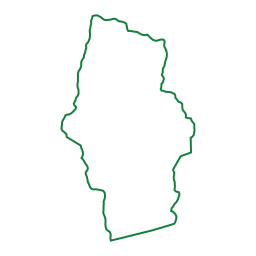 outline of Bonito, Bahia, Brazil
{"feature_id": "56859067B59206206235036", "entity_name": "Bonito", "entity_type": "district", "adm_level": 2, "iso_a3": "BRA", "parent_name": "Brazil", "parent_adm1": "Bahia", "projection": "robinson", "projection_center": [-41.324, -11.969], "detail": "fine", "context": "isolated", "style": "outline", "palette": "green", "viewbox_px": 256, "rotation_deg": 0, "n_neighbors": 0, "source": "geoboundaries", "source_scale": "gbopen_adm2", "svg_char_len": 2766}
<svg xmlns="http://www.w3.org/2000/svg" viewBox="0 0 256 256"><path d="M177.4,100.0L175.5,97.9L175.3,95.7L174.4,93.8L172.5,93.1L171.1,92.3L168.3,91.9L166.0,91.9L163.9,90.9L161.6,90.6L160.7,89.3L161.4,86.8L161.4,84.0L162.8,82.5L163.4,80.7L163.9,79.0L163.5,77.4L161.8,74.9L162.7,72.5L162.7,70.8L163.0,68.5L164.5,65.8L164.8,63.6L165.2,61.8L166.0,59.4L166.7,56.8L166.9,54.4L166.7,52.3L165.9,49.5L164.6,47.4L164.2,45.6L164.3,43.6L164.7,41.5L163.7,39.7L161.1,39.5L158.4,40.2L156.5,40.8L154.8,40.5L152.5,39.6L147.3,34.7L145.2,35.1L143.0,35.0L141.1,34.2L139.2,33.3L137.6,32.1L135.5,31.8L132.7,31.4L130.2,30.9L128.2,31.0L127.1,28.8L126.8,26.3L126.3,23.8L124.7,22.6L123.2,22.1L121.5,21.5L119.3,21.4L117.8,20.6L116.1,19.2L114.4,18.7L112.2,19.1L110.1,19.7L108.5,19.9L106.1,20.1L104.0,19.7L102.2,18.4L101.0,17.3L98.9,16.1L97.4,15.4L95.2,15.4L92.6,16.1L92.0,18.6L91.0,21.1L91.2,23.6L90.6,25.9L90.3,28.0L89.7,30.7L89.9,32.9L90.0,34.7L89.9,36.4L89.7,38.5L88.6,41.2L87.8,42.6L86.5,43.9L86.0,45.7L86.3,47.5L85.7,49.6L85.3,51.6L84.9,53.2L84.1,55.0L83.8,57.6L82.2,59.7L81.2,62.2L81.3,64.4L81.0,66.7L80.2,68.9L78.6,71.2L77.9,74.3L78.0,77.4L77.8,79.6L78.0,81.3L77.5,83.7L77.5,86.8L78.5,89.7L78.5,91.5L78.6,93.6L77.8,95.6L76.0,98.0L75.5,100.2L74.6,101.9L73.8,103.7L74.3,105.3L76.2,107.0L75.5,109.0L73.5,111.2L71.5,113.1L69.3,114.5L67.5,114.4L65.4,115.4L64.4,117.9L63.0,120.0L62.1,122.3L62.0,125.0L61.6,127.1L61.5,129.1L62.8,131.0L64.1,132.0L66.4,134.1L66.7,137.0L80.8,145.6L81.4,148.2L82.6,150.9L83.1,153.8L82.5,156.0L81.5,158.1L83.0,159.5L84.3,161.6L85.7,164.0L87.2,166.0L87.9,168.2L87.2,170.4L85.9,171.9L85.7,174.1L86.8,176.5L87.4,179.4L87.9,181.9L88.8,184.0L89.5,185.6L90.1,187.2L91.4,188.7L92.9,189.3L94.7,189.3L96.6,189.3L99.3,189.9L101.3,190.3L103.0,190.7L104.7,192.7L105.0,195.6L104.9,197.5L104.4,199.4L103.6,201.6L103.8,203.5L103.6,205.7L103.5,208.3L103.6,210.0L103.2,212.9L104.3,215.6L105.1,217.6L105.5,219.7L105.5,221.9L105.4,224.9L105.8,227.5L106.5,229.4L107.7,230.6L109.7,231.8L110.7,234.2L110.6,235.9L110.4,238.0L110.9,240.6L151.4,230.6L171.3,224.7L174.4,223.6L175.3,221.8L176.2,219.2L176.4,216.6L175.7,214.8L174.8,213.5L173.2,211.8L171.2,211.2L171.6,208.4L173.1,206.6L173.9,204.9L175.1,203.4L176.4,202.0L177.4,200.4L178.1,198.9L178.8,196.5L179.5,194.3L178.7,192.1L176.2,191.6L174.5,190.2L174.7,188.4L174.9,186.4L174.8,184.4L174.7,182.0L174.0,180.2L173.7,177.8L173.9,175.3L174.4,173.3L173.8,171.8L173.1,169.5L178.7,159.7L180.9,156.1L189.4,153.1L191.0,152.5L190.7,137.8L192.4,136.7L193.7,135.0L194.2,132.8L194.5,130.3L194.3,128.0L194.3,126.0L194.2,124.0L193.1,122.5L191.7,120.9L190.9,118.5L187.7,118.1L185.9,117.4L185.9,114.9L185.3,113.0L183.8,111.3L182.5,109.1L182.2,106.1L182.2,103.9L180.7,102.4L178.6,101.9L177.4,100.0Z" fill="none" stroke="#15803d" stroke-width="2"/></svg>